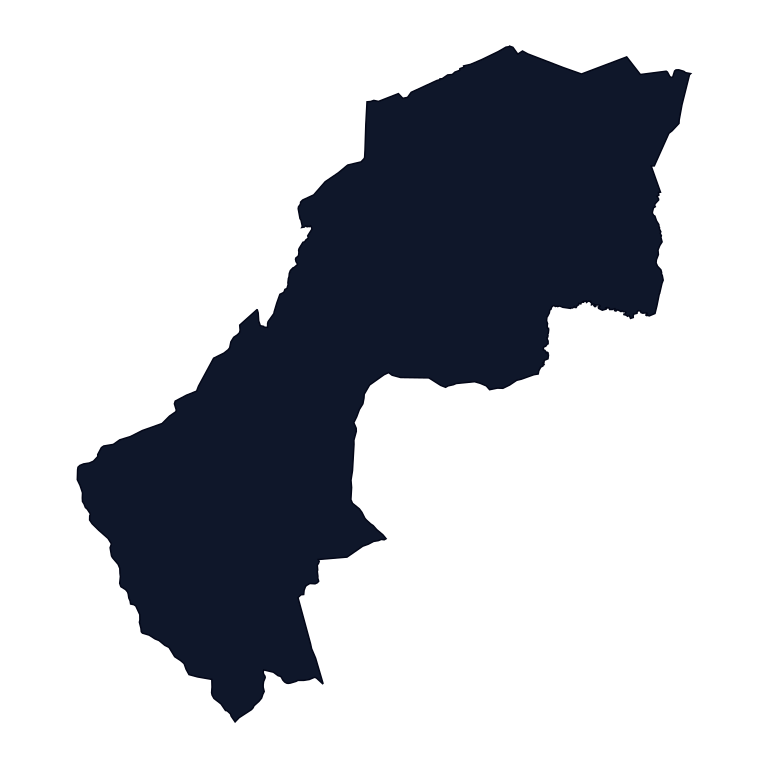 Marginea, Suceava, Romania (orthographic projection)
{"feature_id": "2599482B12450420529087", "entity_name": "Marginea", "entity_type": "district", "adm_level": 2, "iso_a3": "ROU", "parent_name": "Romania", "parent_adm1": "Suceava", "projection": "orthographic", "projection_center": [25.809, 47.767], "detail": "fine", "context": "isolated", "style": "filled", "palette": "ink", "viewbox_px": 768, "rotation_deg": 0, "n_neighbors": 0, "source": "geoboundaries", "source_scale": "gbopen_adm2", "svg_char_len": 6068}
<svg xmlns="http://www.w3.org/2000/svg" viewBox="0 0 768 768"><path d="M235.1,721.9L239.1,717.7L251.5,709.6L253.1,707.8L254.0,705.8L259.0,701.3L261.6,698.1L262.8,694.4L264.2,691.5L263.2,687.2L263.2,684.6L263.6,681.6L265.2,677.7L265.0,676.2L263.7,674.3L263.2,672.1L263.7,669.9L273.4,672.2L278.1,675.7L280.3,676.3L281.3,677.1L282.8,680.0L284.6,682.0L286.5,683.1L288.1,683.4L290.3,683.1L296.0,681.4L297.9,680.4L303.7,680.4L309.3,679.5L314.5,677.3L316.3,677.9L322.6,683.7L323.0,683.3L315.6,658.1L311.6,648.7L310.5,643.6L298.0,597.6L300.9,594.8L303.7,594.5L304.1,590.3L305.4,586.8L306.3,585.6L309.8,583.5L315.1,583.8L317.4,582.7L318.7,581.2L317.8,578.1L317.9,576.2L317.3,571.4L317.7,570.0L317.3,565.2L318.5,563.4L319.2,561.5L318.2,559.5L347.0,557.1L362.7,546.2L368.3,544.2L373.6,541.4L378.5,540.6L381.3,539.4L384.2,539.8L386.1,538.7L383.0,534.9L376.7,529.6L373.2,525.6L370.5,523.8L366.4,520.0L364.9,518.3L361.9,512.3L359.3,508.8L352.5,503.3L350.9,499.6L351.6,487.5L351.0,480.2L352.5,470.7L354.0,444.3L353.9,440.2L356.3,431.4L356.2,428.2L353.8,422.7L356.7,416.8L359.4,409.5L362.9,403.8L364.0,398.0L364.2,394.3L369.6,385.0L384.1,374.7L388.6,372.6L392.1,375.2L400.6,377.5L428.9,377.9L440.7,385.4L445.6,387.3L448.0,385.9L453.4,384.7L456.2,383.5L474.6,381.7L480.2,383.3L486.3,385.9L489.6,389.7L497.5,388.1L502.9,388.3L509.7,385.0L516.7,380.3L521.3,379.2L533.9,374.7L538.2,374.0L538.8,370.8L540.7,367.2L543.0,365.9L543.1,365.0L544.1,364.6L543.7,363.8L543.9,363.0L542.9,362.8L544.1,361.7L544.2,360.4L548.0,358.8L548.5,355.0L547.9,354.1L548.2,353.3L547.9,352.6L547.3,352.3L546.3,352.9L546.2,352.1L544.7,350.2L543.4,350.1L543.4,347.7L544.6,346.4L545.6,346.4L547.2,344.2L548.1,343.8L548.1,341.0L547.4,339.6L547.0,337.6L547.8,337.0L548.0,335.3L547.6,334.6L548.3,333.2L548.7,329.7L548.5,328.3L547.6,328.5L547.3,327.8L547.3,324.7L547.6,323.8L546.6,320.8L546.9,317.1L547.4,316.7L549.3,313.0L549.8,310.0L550.9,309.4L551.6,307.2L553.0,305.8L554.2,305.6L555.3,306.5L556.9,306.1L557.6,306.6L559.7,306.0L562.8,307.3L570.7,308.4L571.2,307.7L572.4,308.0L573.5,307.4L574.2,306.5L575.0,307.5L576.2,307.5L577.0,305.8L578.6,304.8L578.7,303.4L580.8,303.9L581.1,303.0L582.2,302.1L583.2,302.2L582.9,301.5L583.6,301.2L584.3,301.5L586.2,301.0L586.5,302.4L588.6,301.0L589.7,301.5L590.6,301.3L590.7,302.2L591.5,302.7L591.5,304.8L593.2,304.0L594.9,304.6L593.8,305.6L595.0,306.7L595.8,306.4L595.9,305.4L596.5,304.9L599.5,305.2L600.0,305.9L599.9,306.5L598.3,306.9L598.6,308.4L602.3,310.2L606.2,309.1L606.4,308.4L605.9,307.8L607.0,307.4L607.6,308.0L608.9,307.7L609.6,309.5L612.3,309.5L614.8,308.6L615.2,309.0L614.6,310.6L615.6,311.0L616.4,310.8L616.8,310.0L618.3,310.1L621.0,311.6L622.3,310.8L623.2,311.7L625.5,311.9L625.9,312.4L625.7,313.0L625.2,313.8L623.9,314.1L623.9,314.6L626.2,315.2L627.6,316.3L629.3,315.5L630.5,318.4L633.3,317.5L633.2,315.7L633.8,314.1L637.0,313.3L637.2,311.7L638.4,310.6L640.5,311.1L641.0,312.6L642.8,313.2L646.7,312.8L647.3,313.8L646.2,314.2L645.9,315.1L646.7,315.6L647.5,315.4L649.3,315.9L655.0,313.5L656.9,305.8L659.3,293.9L659.6,293.6L662.0,283.3L663.2,280.2L662.3,275.5L661.5,273.8L661.6,272.3L660.9,269.8L657.6,266.3L656.1,263.0L656.4,259.8L658.4,254.6L658.0,250.0L659.8,245.5L662.1,241.9L660.9,237.3L661.4,235.7L660.2,233.4L660.8,231.7L659.4,228.9L659.5,227.4L659.0,226.7L658.8,224.5L656.5,220.8L654.9,216.1L653.7,215.4L652.5,213.5L652.4,212.1L653.5,207.8L655.3,206.7L654.7,205.6L655.0,203.9L658.6,200.0L658.6,198.9L657.0,196.2L658.9,195.2L658.4,192.5L660.5,192.2L651.2,166.0L654.3,165.9L668.9,133.3L672.1,130.8L679.0,123.4L679.2,120.0L682.0,104.7L689.5,74.8L690.7,73.6L685.7,72.7L683.8,71.3L678.8,69.8L676.0,69.9L674.6,71.0L672.7,77.1L671.8,77.4L670.0,76.8L667.4,72.0L666.2,71.2L640.4,74.5L626.7,56.9L581.5,74.0L563.4,67.6L527.8,53.9L522.5,51.0L517.8,54.1L512.9,47.3L509.5,46.1L509.0,46.7L506.0,47.1L498.2,51.6L481.7,59.6L470.4,64.4L463.6,65.9L463.9,67.2L459.9,68.6L459.8,70.0L459.2,70.5L454.9,72.1L452.3,74.5L447.7,74.9L442.2,78.7L439.9,78.9L439.8,79.7L436.8,80.5L411.2,92.3L407.5,97.4L402.8,98.3L398.4,93.6L378.5,101.4L373.8,100.4L370.6,101.5L367.0,101.8L365.8,124.7L365.0,150.1L364.6,157.5L364.0,158.7L361.0,161.9L347.8,165.0L346.6,165.9L338.3,172.8L325.2,181.7L313.7,194.9L302.6,200.0L300.6,202.1L300.4,204.2L298.5,206.8L298.2,208.7L300.0,218.6L301.0,220.2L302.3,226.3L301.7,227.5L304.4,227.0L305.6,225.8L307.1,226.8L307.5,226.3L309.2,226.7L310.6,225.8L311.8,228.0L311.8,229.3L307.7,235.8L308.3,237.8L308.0,238.3L305.9,239.9L304.6,241.9L303.0,242.2L299.1,248.5L298.6,250.2L298.9,252.1L298.6,255.0L298.0,256.3L295.9,257.9L295.5,259.2L296.0,261.6L297.5,264.0L297.4,264.6L294.2,267.4L293.0,267.8L290.4,270.5L289.3,273.4L289.0,276.7L288.4,278.4L287.9,282.8L288.1,284.6L286.9,288.5L284.9,289.4L284.1,291.8L283.2,292.7L279.9,294.3L276.8,303.0L274.0,312.4L274.1,313.2L268.1,321.6L267.6,323.5L267.6,327.3L264.2,327.3L263.7,326.4L260.3,325.7L258.7,320.9L258.2,312.9L257.3,309.8L256.9,309.7L239.7,325.1L240.1,330.2L239.5,332.7L237.4,334.8L233.7,337.3L230.9,341.8L229.7,347.7L228.2,349.7L223.9,353.1L213.6,358.2L198.5,386.1L196.6,391.1L186.6,395.1L175.2,401.1L174.4,403.8L176.3,410.1L175.7,411.8L169.6,416.0L162.1,423.5L142.4,430.5L130.3,436.6L119.8,439.8L113.3,444.4L103.7,446.0L101.4,447.6L97.7,454.5L97.8,456.5L93.4,461.2L89.3,463.0L83.6,463.9L79.9,465.4L78.0,467.2L77.6,469.7L77.3,479.7L80.1,485.5L82.5,492.8L82.3,498.0L82.5,501.5L84.0,503.9L85.4,507.5L87.2,509.1L90.1,513.5L90.3,514.4L89.7,515.8L89.6,520.0L92.1,523.7L98.8,530.3L108.0,538.4L111.2,543.5L111.2,544.6L110.1,547.7L111.5,555.9L112.5,557.7L118.1,564.3L119.8,568.4L120.0,573.6L120.4,576.4L119.7,583.3L120.3,585.1L120.9,586.7L125.6,589.6L127.5,591.9L128.2,593.9L128.8,598.0L130.1,600.9L130.6,604.0L133.9,604.7L135.8,606.0L139.8,614.6L139.9,619.8L139.4,622.2L140.9,628.1L141.3,631.8L142.4,633.1L149.1,635.1L155.0,638.9L159.0,640.5L164.8,645.3L169.0,647.4L174.7,656.7L180.5,660.5L184.1,663.6L186.1,669.3L189.0,674.6L197.5,676.9L211.8,679.4L212.0,687.1L211.6,692.7L212.1,695.1L214.0,698.5L221.0,703.9L225.5,710.5L227.1,710.8L230.4,713.8L231.2,716.2L235.1,721.9Z" fill="#0f172a" stroke="#020617" stroke-width="1.5"/></svg>